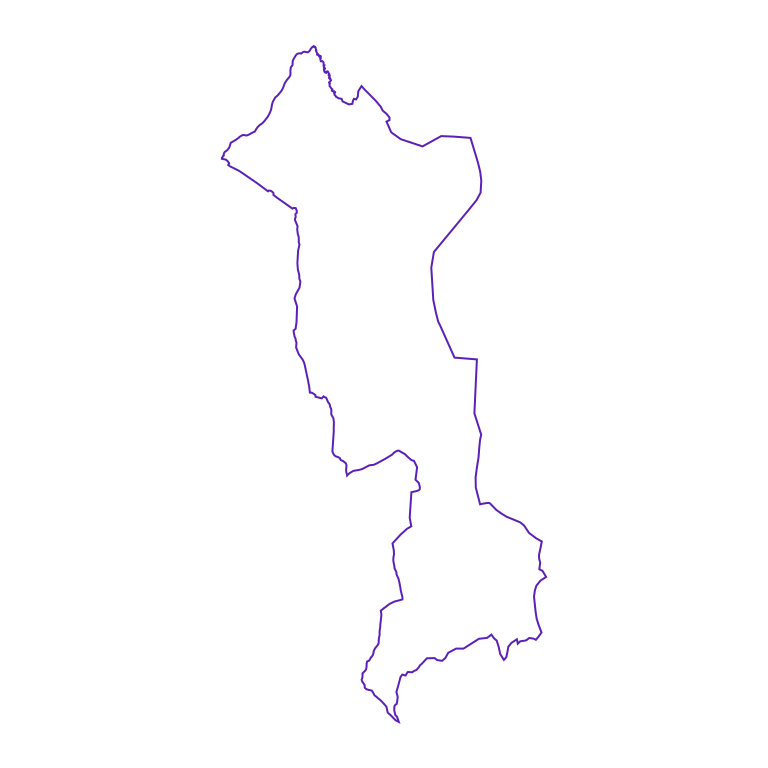 Agotime Ziope, Volta, Ghana
{"feature_id": "2480657B11620193732867", "entity_name": "Agotime Ziope", "entity_type": "district", "adm_level": 2, "iso_a3": "GHA", "parent_name": "Ghana", "parent_adm1": "Volta", "projection": "equal_earth", "projection_center": [0.664, 6.472], "detail": "fine", "context": "isolated", "style": "outline", "palette": "violet", "viewbox_px": 768, "rotation_deg": 0, "n_neighbors": 0, "source": "geoboundaries", "source_scale": "gbopen_adm2", "svg_char_len": 5972}
<svg xmlns="http://www.w3.org/2000/svg" viewBox="0 0 768 768"><path d="M481.2,434.7L474.4,413.3L476.9,359.4L454.5,357.6L440.9,327.2L438.1,321.3L435.8,312.1L433.3,300.0L431.3,267.7L433.9,252.0L468.6,210.0L476.6,200.1L480.6,192.6L481.3,180.7L480.2,171.7L477.9,162.4L470.5,137.9L453.7,136.6L441.2,136.1L422.5,146.4L400.8,139.2L391.2,132.3L386.5,121.6L389.5,120.1L389.5,117.5L386.6,113.9L382.7,110.6L380.8,106.8L376.0,101.1L368.4,93.3L365.5,90.5L361.5,86.1L358.3,91.2L357.8,96.6L356.1,99.4L353.9,98.8L353.0,100.7L352.4,103.8L348.9,104.4L342.6,101.4L341.6,98.8L338.9,98.4L336.0,96.7L335.7,96.0L334.6,94.9L334.5,94.1L334.1,93.3L334.1,92.9L334.3,92.7L335.0,92.6L335.1,92.3L335.1,92.1L334.4,91.8L334.0,91.2L332.6,91.2L332.1,90.9L331.9,90.6L331.9,90.1L332.4,89.6L332.4,89.3L331.6,88.7L329.6,86.1L329.5,84.5L329.9,83.5L329.8,83.2L329.2,82.9L329.0,82.5L331.0,80.4L330.1,78.2L329.6,78.7L329.2,78.3L329.0,77.9L329.8,75.6L329.7,75.4L329.4,75.3L329.2,75.6L328.9,75.7L328.6,75.4L328.6,75.0L328.8,74.5L329.3,74.1L329.2,73.8L329.0,73.7L328.7,73.4L328.5,72.7L327.8,71.5L327.6,71.4L327.2,71.4L326.9,71.6L326.2,72.8L325.9,72.7L325.4,72.0L325.0,72.3L324.5,71.9L323.9,69.6L324.1,69.0L324.7,69.0L325.0,68.5L324.8,68.0L323.9,67.7L323.8,66.4L324.3,65.8L324.4,65.4L323.6,65.4L323.6,62.7L322.9,61.6L322.4,61.2L322.1,61.1L321.1,61.4L320.8,61.2L320.3,59.1L320.3,58.8L320.7,58.3L320.6,57.9L320.2,57.7L320.1,57.1L320.2,56.9L320.8,56.7L320.8,56.3L320.3,55.9L320.0,55.9L319.1,56.3L318.9,56.1L318.8,55.1L318.5,54.7L317.3,54.9L317.1,54.6L317.5,53.5L316.7,52.4L316.4,51.6L315.9,50.8L315.9,50.5L316.3,50.2L315.9,49.3L315.5,47.4L315.1,46.9L314.3,47.1L314.1,47.0L313.7,46.1L312.2,47.2L310.7,48.8L310.4,49.7L309.2,51.3L308.1,52.1L307.7,52.3L306.0,52.1L304.6,51.7L303.8,51.9L303.2,52.0L302.6,52.4L301.3,53.5L301.1,53.6L300.3,53.2L297.8,53.6L297.0,54.0L295.8,55.4L294.0,58.3L292.9,60.5L292.7,61.4L292.5,64.9L292.4,65.3L291.1,66.9L290.7,68.0L290.4,71.0L290.5,73.0L290.3,75.4L289.2,77.2L286.7,80.2L284.9,83.0L284.3,84.4L283.5,86.7L282.3,89.4L281.1,91.3L277.3,95.8L275.5,97.2L274.5,98.7L273.8,100.1L273.0,101.4L272.6,102.5L272.0,104.6L271.1,109.7L269.8,112.9L268.0,116.4L264.5,121.0L262.4,123.2L261.0,124.2L260.1,124.7L257.7,127.0L256.2,129.1L255.0,131.4L251.4,133.2L249.6,134.3L246.7,135.5L243.5,135.0L242.3,135.2L239.5,136.9L238.7,137.8L236.9,139.0L236.4,139.5L230.8,142.8L229.4,147.1L228.7,148.3L227.4,150.0L226.2,151.0L224.9,151.8L224.2,152.8L223.7,154.2L223.8,155.3L223.6,155.7L223.1,155.9L222.7,156.9L222.4,157.4L221.9,157.8L221.9,158.8L225.8,159.6L227.4,160.9L229.2,163.3L228.2,165.0L230.3,166.5L239.0,170.8L256.7,182.9L268.0,191.3L268.9,190.5L270.9,190.9L272.4,191.9L273.5,193.2L273.5,195.0L276.6,197.4L292.4,208.6L293.8,207.9L295.7,208.1L296.7,210.5L296.8,212.7L295.4,214.2L295.7,217.0L295.1,218.5L295.0,220.1L297.6,226.3L297.2,229.2L297.9,234.6L298.7,236.7L298.8,242.6L299.5,244.4L298.1,250.7L297.4,263.2L297.9,269.8L299.2,274.7L299.4,278.9L300.4,281.6L299.5,287.7L295.9,294.1L294.5,298.4L297.1,306.5L296.5,322.3L295.6,328.8L293.6,330.5L293.7,332.1L294.6,336.6L295.6,338.8L295.8,340.8L296.5,342.6L296.1,347.5L298.7,354.2L302.7,359.7L304.2,362.9L305.2,367.2L308.1,380.9L309.2,386.7L309.9,392.6L311.9,392.7L315.4,395.0L315.5,396.7L321.7,398.4L323.5,396.4L325.3,397.5L326.0,397.6L326.5,398.5L328.1,402.2L328.7,402.8L329.7,404.5L330.3,407.3L331.0,408.5L331.4,410.6L331.2,413.9L331.7,415.2L333.4,418.2L333.9,422.4L333.7,429.7L333.8,430.9L332.4,451.4L333.5,454.1L334.6,455.5L336.1,456.5L338.1,457.1L339.8,458.1L340.8,460.1L343.0,461.0L343.8,461.6L345.8,463.3L346.5,465.1L346.1,470.0L346.3,472.1L347.0,474.6L347.1,475.5L349.5,473.2L353.1,471.0L355.3,470.5L358.3,470.1L362.1,469.1L369.4,465.3L373.8,464.8L377.0,463.3L385.6,458.6L392.0,454.7L394.0,452.7L396.1,451.3L397.8,450.7L399.1,450.7L401.9,452.5L404.8,454.0L407.5,456.7L411.4,460.1L414.0,460.9L417.1,467.3L415.5,479.7L418.8,483.0L419.9,487.1L419.8,488.9L419.4,489.8L418.9,490.2L416.3,491.1L411.4,492.2L409.7,517.8L411.3,526.3L407.0,528.8L400.5,534.7L392.5,543.4L393.8,550.4L394.0,554.4L393.5,556.9L393.3,559.5L393.4,561.3L394.4,566.5L394.5,568.2L396.3,571.9L396.6,574.7L398.5,578.7L399.4,582.6L400.4,587.8L400.7,590.3L402.5,597.5L402.4,599.4L399.0,600.4L394.6,601.5L389.4,604.0L380.8,610.6L381.4,614.6L381.2,617.0L380.3,624.7L380.2,627.3L379.7,630.3L379.6,631.8L379.6,635.1L378.9,638.1L378.6,643.3L377.7,645.1L374.8,648.7L374.3,650.0L373.7,651.0L373.6,652.2L373.0,654.8L371.8,656.6L370.9,657.4L370.3,658.8L369.2,660.5L368.5,661.0L367.1,661.5L366.7,663.3L366.5,667.2L366.1,669.4L365.1,670.8L362.6,673.2L362.4,677.7L361.7,679.5L361.8,680.4L362.5,682.2L363.0,682.5L363.3,683.1L363.7,683.6L364.1,684.3L364.7,685.3L364.7,687.2L365.0,688.0L366.5,689.3L367.0,689.3L367.9,689.7L368.9,690.0L370.4,690.2L371.8,690.6L372.1,691.2L372.4,691.4L374.5,695.3L377.3,697.5L377.6,697.9L380.8,700.5L384.3,704.2L386.4,706.7L387.8,712.7L390.7,715.2L395.5,720.2L398.8,721.9L397.0,716.7L395.3,715.0L394.2,710.0L394.4,706.4L394.6,705.8L395.2,705.0L396.7,703.9L397.2,701.4L397.7,696.7L396.4,692.0L397.8,687.2L400.5,677.1L402.3,674.6L405.6,675.5L407.5,672.2L408.0,672.0L412.1,672.3L414.1,670.9L414.8,670.6L415.4,670.5L416.6,669.8L419.0,667.0L419.9,665.4L421.9,663.7L426.9,658.3L434.6,658.1L437.2,660.1L442.1,660.8L445.3,658.1L448.2,652.8L456.1,648.6L463.5,648.6L478.9,638.8L487.1,637.9L491.4,634.6L494.2,638.5L496.7,640.6L498.8,647.3L500.2,654.0L503.9,659.9L506.3,657.2L507.5,651.5L508.3,646.7L511.4,642.9L516.9,639.3L517.8,643.7L520.2,641.3L525.1,640.6L526.4,640.2L529.2,638.0L533.9,638.7L535.9,639.8L538.8,636.3L541.5,632.5L538.6,624.8L536.7,618.9L535.6,611.7L534.0,596.5L534.9,590.4L536.4,585.6L540.6,580.5L546.1,577.0L542.5,570.8L539.3,569.3L540.2,562.8L539.1,558.3L539.0,554.9L540.2,549.5L541.8,541.5L536.0,538.2L529.1,533.0L524.0,525.4L520.1,522.3L506.7,516.8L501.7,513.7L496.4,510.0L490.3,503.7L489.2,502.9L486.4,503.1L481.8,503.9L480.1,504.3L475.8,487.6L475.6,477.3L476.8,468.2L478.5,457.6L479.3,447.4L480.1,439.6L481.2,434.7Z" fill="none" stroke="#5b21b6" stroke-width="2"/></svg>